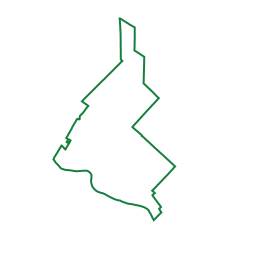 the district of Herasti, Giurgiu, Romania, rotated 45°
{"feature_id": "2599482B7326478622533", "entity_name": "Herasti", "entity_type": "district", "adm_level": 2, "iso_a3": "ROU", "parent_name": "Romania", "parent_adm1": "Giurgiu", "projection": "mercator", "projection_center": [26.35, 44.221], "detail": "fine", "context": "isolated", "style": "outline", "palette": "green", "viewbox_px": 256, "rotation_deg": 45, "n_neighbors": 0, "source": "geoboundaries", "source_scale": "gbopen_adm2", "svg_char_len": 4474}
<svg xmlns="http://www.w3.org/2000/svg" viewBox="0 0 256 256"><g transform="rotate(45 128 128)"><path d="M187.5,177.3L188.7,176.5L189.0,176.2L191.4,174.7L193.4,173.6L195.3,172.7L196.1,172.4L198.9,171.7L200.6,171.6L202.4,172.2L205.5,173.0L209.6,174.4L210.1,174.5L211.4,174.9L211.3,169.1L211.3,166.6L211.3,164.1L207.2,163.2L207.2,160.5L206.5,160.4L202.5,159.8L201.0,159.6L198.6,159.2L197.3,159.1L196.1,158.8L194.1,158.6L192.8,158.3L192.7,158.2L192.7,157.8L192.9,156.1L193.0,155.0L189.4,155.2L189.4,152.1L189.0,132.5L188.9,130.1L188.8,128.8L188.7,126.2L188.7,125.2L188.6,124.5L188.5,123.0L188.5,122.3L188.5,121.9L187.3,121.9L184.6,122.0L181.9,122.1L179.1,122.2L174.4,122.4L172.9,122.4L169.6,122.6L168.3,122.7L164.6,122.8L163.3,122.9L160.0,123.1L158.1,123.1L156.3,123.2L152.7,123.3L148.5,123.5L148.1,123.5L147.7,123.5L145.5,123.6L143.7,123.8L143.7,123.6L143.4,123.4L143.2,123.3L142.8,123.3L142.5,123.4L141.2,123.5L138.2,123.6L137.3,123.7L135.8,123.9L134.7,124.0L133.3,124.1L130.4,124.2L130.3,123.3L130.1,119.0L130.1,117.5L129.9,114.8L129.7,110.0L129.5,106.3L129.3,103.0L129.3,101.6L129.2,99.5L129.2,98.7L129.2,97.9L129.1,96.3L129.0,94.3L129.0,92.3L128.9,90.3L128.8,88.3L128.7,85.4L128.7,85.1L128.3,85.1L127.9,85.2L127.4,85.2L126.3,85.2L120.5,85.1L109.2,85.4L107.4,85.4L105.7,83.5L103.0,80.7L98.1,75.5L96.7,74.0L91.6,68.7L91.4,68.5L89.2,66.2L87.6,66.5L85.5,67.0L83.3,67.4L79.1,68.3L77.7,68.6L75.0,65.7L71.7,62.3L69.1,59.6L64.7,55.2L62.8,53.3L61.8,52.3L61.6,52.1L55.9,53.7L55.3,53.8L52.5,54.4L49.8,55.0L48.3,55.4L48.1,55.4L46.4,55.8L45.1,56.1L44.7,56.3L44.7,56.5L44.8,56.5L45.1,56.8L46.8,58.3L48.8,60.1L50.2,61.2L51.6,62.5L53.1,63.9L54.8,65.4L55.0,65.5L55.7,66.2L57.0,67.5L57.6,68.1L57.8,68.3L58.6,69.0L61.2,71.5L63.7,74.1L66.3,76.6L68.9,79.1L71.7,81.9L74.1,84.3L74.3,84.5L74.5,84.6L74.9,84.6L75.4,84.6L76.6,84.6L76.5,85.6L76.6,88.2L76.6,92.3L76.6,96.7L76.6,100.7L76.6,104.6L76.6,108.7L76.6,111.4L76.5,112.2L76.5,112.6L76.5,113.7L76.5,116.9L76.5,120.4L76.5,123.5L76.5,126.7L76.5,129.8L76.5,133.0L76.5,136.2L76.5,139.4L76.6,141.7L79.0,141.3L82.5,140.7L84.3,140.5L84.3,140.8L84.4,141.0L84.3,141.3L84.4,141.7L84.5,142.4L84.7,144.1L85.0,146.2L85.3,148.3L85.4,148.9L85.5,149.2L85.5,149.5L85.5,149.8L85.5,150.0L85.5,150.4L85.5,150.5L85.4,150.6L85.4,150.8L85.4,151.3L85.4,151.9L85.4,152.4L85.4,152.6L85.4,152.8L85.4,153.0L85.5,153.1L85.6,153.3L85.7,153.6L85.7,153.8L85.8,153.9L85.9,154.0L86.0,154.2L86.1,154.3L86.3,154.6L86.4,154.8L86.5,155.0L86.7,155.4L86.8,155.4L86.9,155.5L87.0,155.6L87.3,155.7L87.4,155.8L87.5,155.9L87.6,156.0L87.5,156.3L87.4,156.4L87.2,156.5L86.9,156.6L86.7,156.8L86.5,157.0L86.3,157.1L86.0,157.3L85.8,157.4L85.7,157.6L85.7,157.8L85.7,158.1L85.8,158.3L86.1,159.5L86.5,160.9L86.8,162.3L87.2,163.7L87.6,165.2L87.8,166.1L87.9,166.5L88.4,167.8L88.7,168.5L88.8,168.8L88.9,169.2L89.2,170.6L89.6,171.9L90.0,173.3L90.3,174.5L90.7,175.7L90.7,176.0L91.0,176.8L91.1,177.4L91.4,178.6L91.5,178.8L92.7,178.5L94.1,178.0L95.7,177.5L96.1,177.4L96.4,178.1L96.7,179.0L96.9,179.6L94.3,180.2L94.6,181.3L97.1,180.6L97.9,183.6L98.5,186.0L98.9,187.4L98.1,187.6L96.2,187.3L94.8,187.3L94.2,187.3L93.5,187.3L93.4,187.4L93.5,187.5L93.6,188.0L93.7,188.3L93.7,188.5L93.9,189.5L94.2,190.6L94.3,191.1L94.4,191.4L94.6,192.1L94.6,192.3L94.7,192.5L94.8,192.6L94.8,193.0L94.9,193.6L95.2,194.6L95.6,196.1L95.7,196.6L95.9,197.4L96.0,198.2L96.1,198.4L96.1,198.5L96.2,198.8L96.3,199.3L96.5,200.3L96.6,200.6L97.0,201.7L97.3,202.3L97.6,203.0L98.4,203.0L99.9,203.3L100.9,203.5L101.7,203.6L103.3,203.6L104.5,203.6L106.1,203.7L108.2,203.9L108.9,203.9L109.6,203.8L110.1,203.6L111.1,203.1L112.0,202.6L113.4,201.9L114.5,200.9L115.6,200.0L116.6,199.2L118.1,198.0L119.0,197.4L120.5,196.4L121.4,195.7L122.5,194.6L123.5,193.5L124.6,192.2L125.5,191.1L126.6,189.9L127.9,188.4L128.8,187.5L129.9,186.9L131.0,186.6L132.1,186.5L133.3,186.5L134.3,186.7L134.9,186.9L135.2,187.0L135.6,187.3L136.2,187.8L136.8,188.5L137.4,189.2L138.1,189.9L138.5,190.5L138.8,191.1L139.4,191.6L140.0,192.1L140.7,192.7L141.9,193.4L143.3,194.2L144.5,194.6L146.1,194.9L147.0,194.9L147.6,195.0L148.6,195.0L149.8,194.9L150.3,194.8L150.8,194.7L152.6,194.0L154.3,193.2L156.3,192.0L157.7,191.4L158.6,191.0L159.1,190.9L160.4,190.6L162.1,190.1L164.1,189.5L166.2,188.8L168.4,188.0L169.7,187.4L171.4,186.5L172.4,185.9L173.2,185.2L173.9,184.8L174.2,184.7L174.6,184.7L175.1,184.5L175.8,184.2L176.8,183.8L177.9,183.2L178.9,182.8L180.1,182.2L181.2,181.7L182.3,180.9L182.7,180.6L184.3,179.3L187.5,177.3Z" fill="none" stroke="#15803d" stroke-width="2"/></g></svg>